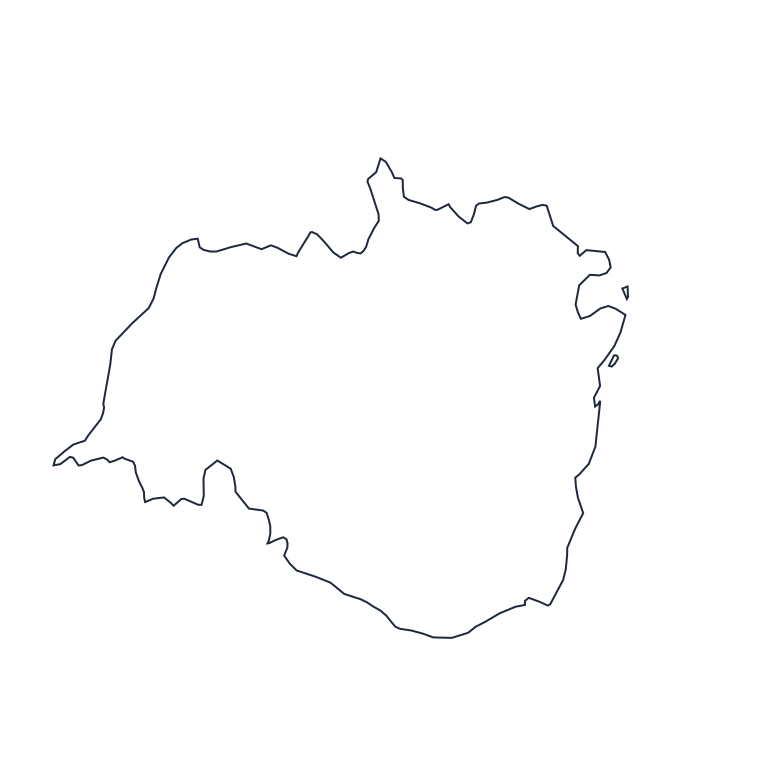 outline of Cambodia, rotated 210°
{"feature_id": "KHM", "entity_name": "Cambodia", "entity_type": "country or territory", "adm_level": 0, "iso_a3": "KHM", "parent_name": "Asia", "parent_adm1": "", "projection": "robinson", "projection_center": [105.132, 12.558], "detail": "fine", "context": "isolated", "style": "outline", "palette": "slate", "viewbox_px": 768, "rotation_deg": 210, "n_neighbors": 0, "source": "natural_earth", "source_scale": "50m", "svg_char_len": 2820}
<svg xmlns="http://www.w3.org/2000/svg" viewBox="0 0 768 768"><g transform="rotate(210 384 384)"><path d="M629.5,148.3L631.1,154.4L627.1,165.8L622.8,176.2L614.7,185.3L614.4,191.9L611.6,211.8L612.7,218.2L614.6,223.6L617.2,226.5L624.3,246.0L630.7,263.7L637.0,278.2L638.1,287.4L632.4,310.8L625.7,332.2L626.3,342.8L629.2,353.5L632.4,367.8L633.5,386.0L631.9,397.9L628.9,405.3L623.1,412.8L618.0,416.7L611.9,410.2L607.1,410.0L600.6,411.9L595.4,414.9L585.0,426.0L573.5,436.8L557.5,439.5L551.3,447.5L544.6,448.7L532.0,449.1L523.7,450.9L524.1,455.0L523.5,474.0L523.6,478.4L522.4,479.6L516.6,480.2L506.9,477.3L493.8,472.6L484.5,471.8L479.7,480.1L476.8,483.4L473.3,483.9L469.6,485.3L468.3,489.0L468.0,493.7L469.9,501.6L470.5,514.2L470.1,522.7L473.5,528.2L493.6,546.4L499.5,551.0L500.2,553.7L496.7,563.6L499.8,577.6L493.5,577.3L483.0,571.3L478.0,567.6L471.9,570.6L469.8,570.0L465.7,563.2L460.4,556.1L454.8,555.7L443.1,558.5L431.2,560.4L426.7,560.4L424.8,561.6L417.9,572.0L415.0,570.2L402.9,566.3L392.0,564.8L389.7,567.5L391.0,576.0L393.4,584.3L392.0,587.8L386.0,592.2L378.0,600.0L373.1,606.1L369.7,607.6L357.6,607.4L345.5,608.2L340.7,614.0L336.1,618.5L332.2,619.7L316.4,605.4L285.0,600.4L281.6,594.1L278.6,592.9L275.7,601.1L258.5,608.9L251.2,604.2L246.0,598.4L246.8,591.4L251.8,585.7L260.3,581.5L264.3,567.1L257.8,548.6L252.1,543.2L246.1,538.9L239.7,545.8L234.4,557.6L228.8,563.7L220.9,565.0L209.4,564.5L205.0,546.9L203.5,531.9L205.1,514.7L206.9,504.5L195.9,490.4L195.3,477.0L189.9,470.1L188.4,473.6L188.5,477.5L187.0,474.7L169.6,435.4L166.7,417.2L169.7,403.2L171.5,398.5L166.5,391.1L159.4,382.7L146.9,371.7L146.1,354.3L143.4,333.8L139.6,326.9L133.9,314.3L130.9,303.9L129.9,276.2L131.5,274.0L140.3,273.2L151.7,271.2L153.5,266.7L151.5,263.1L158.8,256.8L169.3,243.1L177.4,228.7L183.2,219.7L186.7,210.7L198.4,198.0L214.6,189.2L225.6,187.2L237.0,184.2L248.0,179.9L253.1,179.5L266.7,184.7L274.1,186.0L281.8,185.9L289.8,186.4L296.7,185.9L313.4,182.3L331.1,185.2L346.8,182.9L366.4,178.8L376.0,181.4L384.7,185.5L385.9,194.0L387.9,197.8L390.8,200.8L394.7,200.8L399.7,194.9L403.8,188.8L405.2,187.7L405.4,190.7L407.5,197.3L411.2,203.7L415.0,208.0L421.2,213.7L425.3,214.0L438.7,208.6L458.7,216.4L461.0,220.3L467.5,228.3L474.5,234.0L490.1,234.4L495.7,220.3L493.0,211.8L484.1,196.9L481.6,188.1L484.5,186.5L499.5,184.8L502.0,183.1L505.3,173.4L509.4,174.5L517.7,175.8L526.6,169.2L531.8,162.3L534.7,165.4L537.8,170.3L541.2,173.1L547.6,177.3L554.6,183.2L558.9,188.9L562.4,191.2L571.4,189.6L573.8,189.8L579.0,182.8L582.6,179.0L585.7,180.1L590.2,180.0L599.5,171.1L604.9,162.9L607.8,160.7L616.2,164.8L619.5,163.9L624.3,152.7L629.5,148.3ZM199.1,523.8L197.4,524.8L195.8,524.8L194.1,523.2L194.3,516.8L195.5,513.0L198.3,512.2L199.1,523.8ZM225.3,585.9L221.8,590.2L216.2,581.4L216.2,579.0L225.3,585.9Z" fill="none" stroke="#1e293b" stroke-width="2"/></g></svg>